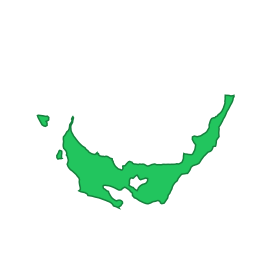 Baku City, Bakı, Azerbaijan, rotated 208°
{"feature_id": "54616110B61947743987915", "entity_name": "Baku City", "entity_type": "district", "adm_level": 2, "iso_a3": "AZE", "parent_name": "Azerbaijan", "parent_adm1": "Bakı", "projection": "equal_earth", "projection_center": [49.825, 40.136], "detail": "fine", "context": "isolated", "style": "filled", "palette": "green", "viewbox_px": 256, "rotation_deg": 208, "n_neighbors": 0, "source": "geoboundaries", "source_scale": "gbopen_adm2", "svg_char_len": 5373}
<svg xmlns="http://www.w3.org/2000/svg" viewBox="0 0 256 256"><g transform="rotate(208 128 128)"><path d="M42.2,153.0L42.4,154.1L42.8,155.3L43.3,156.7L44.1,158.4L44.1,159.3L44.0,160.4L43.6,163.1L44.8,165.0L45.7,166.5L46.5,168.4L47.1,169.9L48.2,171.4L47.9,174.5L47.9,176.2L47.9,176.6L47.9,178.6L48.1,180.6L47.9,183.0L48.0,185.4L48.4,188.9L48.2,192.0L48.3,196.4L48.2,198.5L48.3,200.4L48.6,202.2L49.2,203.7L49.1,205.5L49.7,206.3L49.8,206.5L51.1,205.3L52.4,204.5L54.0,204.2L55.3,203.6L56.3,203.1L57.5,202.6L56.5,200.5L55.8,199.3L55.0,197.1L54.1,195.8L53.6,193.3L53.4,191.8L53.1,190.4L53.1,188.9L53.0,187.0L53.4,185.0L53.9,183.5L54.6,182.2L54.8,180.3L55.8,179.3L56.1,177.9L57.4,177.0L58.5,175.7L58.7,174.0L58.5,172.3L57.8,168.8L56.5,166.6L56.6,163.9L56.7,161.6L57.6,159.6L58.6,158.0L60.1,155.2L61.6,153.9L62.7,152.8L65.7,152.0L66.9,150.4L65.9,148.2L62.9,146.1L60.4,145.0L59.2,141.7L58.7,139.8L58.7,138.8L58.7,137.1L58.6,136.0L58.8,135.0L59.7,134.1L61.3,133.4L62.5,132.9L63.7,132.6L64.7,132.1L65.9,131.7L66.7,131.7L66.4,130.8L65.7,129.0L64.8,127.2L64.4,125.1L64.3,123.1L65.5,121.1L66.6,119.8L68.0,119.4L69.2,118.3L70.6,117.4L72.7,116.3L73.8,115.6L75.5,114.8L77.5,113.6L80.0,112.4L81.4,111.1L83.6,110.1L84.3,109.7L85.1,109.2L86.0,108.9L86.9,108.9L87.8,108.6L88.8,107.7L89.6,107.1L90.5,106.0L91.0,105.3L91.8,104.4L92.7,103.6L94.1,103.4L95.3,103.5L96.7,103.5L98.0,103.1L98.6,102.5L99.8,102.0L101.0,101.5L101.6,100.7L102.9,100.2L104.4,99.7L105.2,99.2L106.4,99.0L107.5,99.0L108.3,99.6L109.7,99.4L110.8,99.3L111.7,98.3L111.9,97.5L112.5,95.6L112.6,94.6L113.0,93.2L113.7,92.7L114.7,92.1L114.6,91.5L113.5,90.2L113.4,89.0L113.7,87.9L114.5,87.6L115.1,87.8L116.0,87.6L116.9,87.3L118.0,87.4L118.9,87.7L120.3,88.0L121.4,88.4L122.2,88.8L123.2,89.5L124.0,90.0L124.8,90.6L125.6,91.7L126.7,91.9L127.1,92.8L127.5,93.4L128.2,93.3L129.1,93.0L130.2,93.0L131.2,93.1L132.5,93.2L133.0,93.1L133.8,92.9L134.3,92.6L134.9,92.0L135.7,91.5L136.9,91.3L137.4,90.6L138.3,90.6L139.2,90.2L139.5,90.2L140.2,90.4L141.2,90.4L141.5,90.7L141.7,91.1L142.1,91.5L142.2,91.4L142.3,91.2L142.5,90.9L143.2,90.8L143.3,91.1L143.7,91.7L143.9,91.2L144.1,90.7L144.2,90.1L144.3,89.7L144.7,89.2L145.6,88.8L146.1,88.6L147.5,88.3L148.2,88.2L149.5,88.2L150.2,88.3L151.0,88.3L151.8,88.6L152.3,88.9L152.8,89.1L153.4,89.2L154.2,89.3L154.7,89.4L155.5,89.7L156.1,90.0L156.7,90.4L157.3,90.4L158.3,90.5L159.8,90.6L161.0,90.9L163.1,91.5L164.4,91.9L165.9,92.5L168.8,93.8L170.0,94.4L172.3,95.4L173.8,96.5L175.4,97.5L176.5,98.4L177.2,99.1L178.0,100.4L179.0,101.9L179.6,103.5L179.6,105.6L179.6,107.0L180.0,108.0L180.3,108.9L180.6,110.2L180.9,111.4L182.0,112.1L182.1,111.7L182.1,110.8L182.0,109.3L181.2,108.8L180.9,108.1L180.7,106.8L180.8,106.1L180.8,105.4L180.7,104.8L181.1,104.0L180.8,103.4L180.7,102.8L180.1,101.4L179.5,99.4L179.5,97.7L180.2,95.9L180.2,93.9L180.3,92.2L180.8,89.8L179.9,87.8L178.6,86.0L178.0,84.5L177.3,82.7L176.4,81.2L175.2,79.9L173.5,79.3L171.6,78.4L170.1,76.9L169.7,75.2L168.9,75.0L167.4,73.6L165.6,71.6L164.9,69.4L164.7,67.5L163.0,66.0L161.3,65.0L159.3,64.2L156.9,63.9L154.2,63.2L151.9,62.6L150.1,61.7L147.8,60.8L146.6,59.6L145.8,57.6L144.7,56.0L143.7,54.7L142.5,53.4L141.6,52.1L141.2,51.1L141.9,49.5L139.7,49.6L135.8,50.7L132.9,50.6L131.7,49.6L127.7,51.0L124.8,51.6L120.8,52.7L114.3,53.6L113.6,53.7L112.2,53.8L110.6,54.0L108.9,54.1L107.5,53.9L106.3,53.6L105.4,53.2L104.4,52.5L103.7,52.5L102.4,52.8L101.0,53.0L99.6,53.0L98.4,53.1L98.6,53.2L99.0,53.9L98.5,54.9L97.8,56.1L97.8,57.4L97.5,59.0L98.2,60.1L99.2,60.5L100.1,60.6L100.7,60.6L101.5,60.4L102.8,59.6L103.9,58.3L105.6,58.1L107.5,58.3L109.0,58.6L110.5,59.2L111.9,60.0L113.1,60.8L114.7,61.9L115.5,62.8L117.4,62.6L119.6,63.1L121.1,63.1L121.7,63.5L122.5,64.5L122.8,65.4L122.5,65.9L121.2,66.8L119.6,67.3L118.3,67.9L116.2,68.4L114.1,68.7L111.7,68.9L109.8,68.9L107.3,68.9L106.0,69.4L104.7,70.6L104.7,71.7L103.1,74.2L101.4,74.3L99.7,74.1L98.3,73.9L97.0,73.7L96.0,73.0L94.1,72.8L93.2,72.0L92.2,70.3L91.3,70.2L89.7,69.4L87.7,69.7L83.6,69.2L82.7,69.3L81.3,69.3L79.6,69.4L78.4,69.5L76.5,69.8L74.7,70.5L72.7,72.6L72.2,73.5L71.3,74.7L69.0,76.5L68.5,77.2L67.4,78.1L65.7,78.2L64.8,77.8L64.1,77.1L62.8,77.0L61.7,77.8L60.8,78.7L60.6,80.4L60.4,82.4L60.1,84.6L61.0,87.8L60.5,89.8L60.7,92.0L60.7,94.8L61.2,96.8L61.3,98.9L60.9,101.8L59.8,104.5L60.0,107.1L59.3,111.0L58.9,112.4L57.5,113.5L56.5,114.2L54.8,115.5L54.1,115.9L53.8,117.9L53.6,119.9L53.9,122.9L53.1,125.1L51.5,126.8L50.2,128.1L48.8,130.1L48.6,131.5L48.5,132.4L48.4,134.4L48.1,136.3L47.8,138.5L47.2,140.2L46.7,142.0L46.0,144.3L44.6,145.8L43.8,147.3L43.7,149.3L44.1,151.5L43.4,152.2L42.2,153.0ZM94.3,77.4L95.4,77.9L96.8,77.6L99.2,77.7L100.3,78.0L100.9,80.2L101.4,80.9L102.3,82.8L102.3,84.8L101.1,85.8L100.0,85.9L99.6,86.7L99.0,88.7L98.2,90.3L97.7,90.7L96.5,90.0L94.9,88.9L93.7,88.3L92.5,88.3L91.6,89.4L90.2,90.7L89.1,92.0L86.9,92.6L85.8,90.3L86.2,87.7L87.3,86.3L88.7,85.0L89.6,83.5L90.3,81.9L90.7,79.8L90.5,78.6L90.6,76.9L91.4,77.0L93.0,77.1L94.3,77.4ZM206.2,99.6L208.7,98.9L213.1,97.2L213.8,96.5L212.2,95.0L209.4,93.1L206.8,91.4L205.4,90.5L203.3,90.3L201.7,90.7L200.7,92.3L201.7,94.2L202.5,94.9L203.4,95.4L202.9,95.9L201.9,97.6L201.9,98.1L202.1,98.3L202.9,100.1L204.7,100.6L206.2,99.6ZM176.7,76.4L177.8,76.2L178.1,75.3L177.8,73.8L177.8,72.4L177.9,70.2L176.8,68.4L175.3,67.7L174.0,68.9L172.7,69.5L172.0,70.2L172.8,70.4L173.2,71.5L173.6,72.0L174.6,74.6L175.6,76.4L176.7,76.4Z" fill="#22c55e" stroke="#15803d" stroke-width="1.5"/></g></svg>